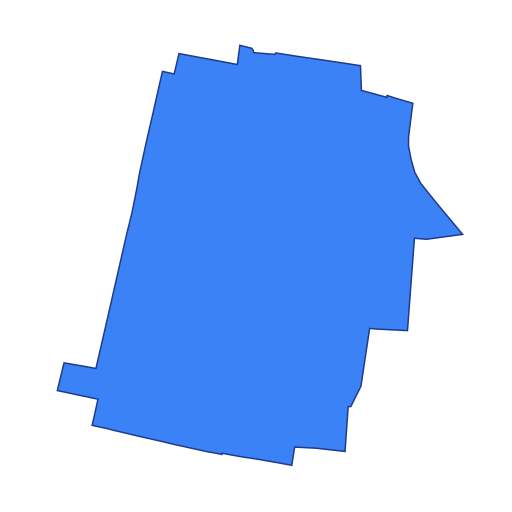 Cezieni, Olt, Romania (Albers equal-area conic projection), rotated 266°
{"feature_id": "2599482B37595312342711", "entity_name": "Cezieni", "entity_type": "district", "adm_level": 2, "iso_a3": "ROU", "parent_name": "Romania", "parent_adm1": "Olt", "projection": "albers", "projection_center": [24.269, 44.184], "detail": "fine", "context": "isolated", "style": "filled", "palette": "blue", "viewbox_px": 512, "rotation_deg": 266, "n_neighbors": 0, "source": "geoboundaries", "source_scale": "gbopen_adm2", "svg_char_len": 1402}
<svg xmlns="http://www.w3.org/2000/svg" viewBox="0 0 512 512"><g transform="rotate(266 256 256)"><path d="M373.9,418.4L374.3,418.5L375.7,418.8L381.9,420.0L385.5,420.7L397.4,423.1L403.8,405.9L407.0,398.0L405.2,397.4L413.2,374.6L413.8,372.7L438.6,373.5L444.5,347.0L450.9,317.6L452.5,310.3L457.2,289.8L455.8,289.0L459.0,267.9L461.3,267.6L461.9,267.3L463.6,266.1L464.5,263.2L467.3,254.6L448.3,250.7L450.5,242.5L460.2,205.2L463.3,193.3L446.9,188.2L443.3,187.0L445.3,180.4L446.5,176.2L446.7,175.6L446.1,175.4L438.6,173.1L413.4,165.5L407.9,163.9L384.2,156.6L369.4,152.2L345.3,145.2L341.1,144.2L336.0,142.9L331.2,141.7L306.8,135.0L286.8,128.5L209.8,105.2L155.0,88.5L162.8,57.1L161.1,56.5L135.6,48.4L128.8,72.2L127.2,77.9L126.6,79.9L124.2,88.4L104.3,82.5L98.5,80.7L95.5,90.9L94.8,93.6L92.3,101.2L91.8,102.6L84.0,127.7L82.2,133.7L78.2,147.0L73.6,161.7L72.1,166.9L68.5,179.0L64.1,193.9L62.4,201.0L60.4,208.2L61.6,208.6L59.5,216.5L56.6,228.0L53.4,242.5L49.1,259.9L44.7,277.1L62.7,281.2L60.1,302.5L54.8,331.2L59.3,331.8L94.8,336.8L99.4,337.5L99.3,338.7L99.1,339.9L99.4,340.2L103.8,342.8L118.8,351.6L175.8,364.3L174.7,371.4L171.0,401.9L216.3,408.5L262.7,415.3L261.6,421.8L261.6,422.2L260.8,427.1L263.2,463.6L281.9,450.1L289.5,444.6L291.9,442.9L297.0,439.2L316.8,425.5L327.6,420.6L328.4,420.2L341.3,417.5L355.1,415.8L364.1,416.5L369.8,417.6L373.9,418.4Z" fill="#3b82f6" stroke="#1e3a8a" stroke-width="1.5"/></g></svg>